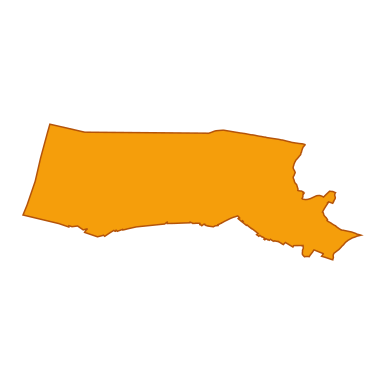 Heemskerk, Noord-Holland, Netherlands (Equal Earth projection)
{"feature_id": "6326949B56112339503679", "entity_name": "Heemskerk", "entity_type": "district", "adm_level": 2, "iso_a3": "NLD", "parent_name": "Netherlands", "parent_adm1": "Noord-Holland", "projection": "equal_earth", "projection_center": [4.68, 52.51], "detail": "fine", "context": "isolated", "style": "filled", "palette": "amber", "viewbox_px": 384, "rotation_deg": 0, "n_neighbors": 0, "source": "geoboundaries", "source_scale": "gbopen_adm2", "svg_char_len": 5691}
<svg xmlns="http://www.w3.org/2000/svg" viewBox="0 0 384 384"><path d="M332.8,259.8L332.9,259.1L333.2,258.2L333.4,257.5L333.4,257.3L333.2,256.2L333.2,255.2L333.3,254.8L333.5,254.3L333.8,253.6L333.9,253.3L336.0,251.7L337.7,250.4L338.4,249.9L338.8,249.6L340.0,248.4L340.7,247.6L341.3,247.0L341.7,246.4L342.4,245.8L343.7,244.6L343.9,244.4L344.2,243.8L344.6,243.3L345.4,242.6L346.2,241.7L347.3,241.0L347.5,240.8L348.0,240.3L349.3,239.6L352.0,238.1L352.5,237.8L353.6,237.5L355.4,236.9L356.9,236.2L361.0,235.2L360.1,234.9L358.6,234.5L356.5,234.0L356.3,233.9L356.1,233.6L355.9,233.5L352.5,232.3L351.6,232.0L343.0,230.2L342.0,230.2L341.5,230.0L341.3,229.9L341.0,229.8L341.0,229.7L340.4,229.5L340.1,229.2L339.5,228.9L339.1,228.7L338.6,228.2L337.9,227.8L335.9,226.3L335.9,226.1L335.7,225.9L335.2,225.6L334.8,225.5L333.1,224.5L332.3,224.0L331.1,223.1L328.6,221.7L327.8,221.2L327.0,220.5L327.3,220.0L327.5,219.8L327.5,219.6L326.7,218.5L326.2,217.7L325.1,216.7L324.0,215.3L323.8,214.9L323.6,213.9L323.1,212.5L322.8,212.1L322.5,212.0L323.3,210.5L324.3,208.7L325.8,206.3L328.0,203.0L327.6,202.8L328.6,201.8L330.7,202.6L332.7,203.3L333.7,201.6L333.5,201.4L334.9,199.1L335.1,198.7L335.2,198.3L335.3,197.9L335.3,197.6L335.2,197.2L334.7,195.2L334.7,194.8L334.8,194.4L334.9,193.9L335.0,193.5L335.2,193.1L335.5,192.7L332.8,191.5L332.1,191.5L331.3,191.4L329.6,191.2L326.4,194.2L323.5,197.1L322.6,196.5L322.1,196.3L321.1,195.9L320.1,195.6L319.6,195.5L319.0,195.5L317.5,195.6L316.9,195.7L316.2,195.9L311.9,197.9L310.4,198.6L308.7,199.1L307.7,199.4L306.5,199.5L305.7,199.6L304.9,199.5L304.1,199.4L302.5,199.1L302.3,198.8L302.0,198.5L302.6,197.5L302.8,197.0L302.9,196.4L302.9,195.9L302.9,195.3L302.9,194.8L303.4,194.2L304.1,193.1L303.2,192.8L303.5,192.5L303.6,192.4L303.6,192.2L303.2,192.0L301.6,191.1L301.2,191.0L300.5,191.0L299.8,190.9L299.1,190.8L298.6,190.7L297.8,190.4L297.9,189.5L298.0,189.1L296.6,184.6L296.5,184.4L296.2,184.1L295.6,183.6L295.4,183.3L295.1,183.0L294.7,182.2L294.4,181.5L294.0,179.8L293.7,179.2L293.4,178.4L293.2,177.8L293.2,177.5L293.2,177.3L293.4,176.5L294.0,175.6L294.6,174.0L294.7,173.5L294.8,173.4L295.2,172.8L295.2,172.7L294.8,171.4L293.6,169.2L293.3,168.4L293.1,167.9L293.1,167.7L293.3,166.9L293.4,166.1L293.7,165.4L293.8,165.1L293.9,164.4L294.0,164.2L294.9,162.0L295.3,161.4L295.6,160.7L296.0,160.0L296.8,159.2L297.0,159.0L297.3,158.6L298.2,157.6L298.6,157.0L299.0,156.7L299.1,156.4L299.3,156.1L300.1,155.3L300.5,154.8L300.7,154.4L300.8,154.2L300.8,153.8L300.9,153.3L301.1,152.7L301.5,152.1L301.6,151.4L301.9,150.3L302.3,149.1L302.6,148.4L302.8,147.8L303.1,147.1L303.8,146.5L303.9,146.2L304.3,145.7L304.4,145.4L304.5,145.3L304.7,145.1L305.0,145.0L305.1,144.9L305.0,144.6L304.9,144.6L304.7,144.5L303.9,144.2L302.3,143.8L299.0,143.5L297.2,143.2L294.9,142.9L293.9,142.7L292.4,142.5L291.0,142.2L290.5,142.0L286.3,141.0L283.7,140.3L282.4,140.0L281.1,139.9L280.4,139.7L278.5,139.3L268.3,137.8L266.9,137.6L265.3,137.1L264.4,137.1L261.0,136.4L259.9,136.3L257.6,135.9L257.2,135.8L255.0,135.3L252.8,134.9L252.3,134.9L251.3,134.8L251.0,134.8L247.1,134.0L244.5,133.5L243.4,133.4L241.6,133.1L240.4,133.0L238.1,132.6L237.6,132.5L236.9,132.4L235.6,132.2L230.9,131.4L228.5,131.0L223.7,130.2L222.9,130.2L220.1,130.4L217.8,130.6L217.3,130.6L215.3,130.9L214.0,131.3L212.0,132.1L208.6,133.3L208.2,133.3L208.3,133.2L84.8,132.2L49.9,124.2L47.6,132.2L40.6,158.0L35.2,181.3L27.1,205.0L23.0,215.0L58.9,223.6L68.8,227.0L68.9,225.7L69.3,225.8L72.0,226.7L77.6,226.0L83.2,229.9L87.6,228.7L87.2,229.0L86.4,229.9L86.0,230.3L85.3,231.3L84.6,232.4L97.5,236.8L102.0,235.7L103.5,235.2L104.7,236.3L110.2,232.6L113.8,230.4L115.1,231.3L115.3,231.3L115.6,231.1L115.8,230.9L115.9,230.3L116.0,230.2L116.3,230.2L117.3,231.3L122.6,229.4L122.8,230.0L124.7,229.6L127.8,228.8L136.3,226.9L164.7,224.0L166.8,222.3L167.2,222.2L167.2,223.5L174.0,223.4L180.9,223.1L189.9,222.8L190.1,222.1L192.6,223.2L192.9,223.5L193.3,223.4L195.2,223.4L195.4,223.2L199.9,223.3L200.0,223.4L200.0,223.5L199.8,224.6L200.6,224.8L201.4,225.4L201.4,225.2L202.2,225.4L204.1,224.1L204.8,224.3L204.7,224.7L206.0,225.5L206.1,225.4L207.4,225.9L207.7,226.0L208.0,225.8L208.3,226.1L213.4,226.8L214.2,226.3L214.3,226.3L214.8,226.0L215.4,225.8L217.5,225.6L218.1,225.5L217.9,224.7L218.4,224.6L218.6,224.4L218.8,224.4L221.2,223.2L221.4,223.0L221.5,223.1L221.8,222.9L222.5,222.5L222.8,222.4L223.3,222.0L224.1,221.6L224.8,221.2L226.9,220.2L229.9,218.7L231.0,218.2L233.3,217.3L235.7,216.6L235.9,216.5L237.7,215.9L239.1,217.3L238.9,217.4L239.5,218.0L238.2,218.7L239.1,219.5L239.3,219.6L241.4,221.4L241.5,221.3L242.5,220.7L243.2,221.5L242.4,222.1L246.4,225.4L247.0,225.0L248.9,226.6L249.4,227.0L250.6,227.8L250.6,228.0L251.1,228.3L251.4,228.6L251.5,228.5L252.2,228.9L253.1,229.5L254.5,230.6L256.2,231.9L256.2,232.0L258.1,233.5L256.6,234.7L258.1,235.7L258.8,236.3L259.9,235.4L262.0,237.0L262.1,236.9L262.3,236.9L262.5,236.8L264.9,238.5L264.0,239.2L264.8,239.8L265.1,239.5L266.2,238.8L267.8,239.8L268.1,239.5L269.2,240.3L270.5,239.3L271.9,240.3L272.0,240.3L272.3,240.5L272.9,241.0L273.5,241.0L273.9,241.3L274.6,240.8L275.2,241.0L276.3,241.3L277.4,241.4L278.2,241.7L278.3,241.5L281.1,243.2L281.1,243.3L283.3,244.6L285.4,242.5L292.9,247.0L293.6,245.7L293.9,245.7L294.0,245.6L302.8,245.5L302.6,245.9L302.9,245.9L303.0,246.0L303.3,246.9L303.2,247.7L303.3,248.3L302.7,249.7L302.5,250.1L302.5,250.3L302.5,252.2L302.3,252.9L302.4,254.2L302.5,254.6L303.1,255.3L303.4,255.7L303.9,256.2L304.5,256.8L305.0,256.6L305.4,256.6L306.9,256.5L308.1,256.5L309.2,256.7L309.3,256.5L310.0,255.4L312.9,251.6L313.0,251.3L314.0,249.9L323.2,253.6L323.3,253.9L321.6,256.3L322.8,256.6L324.8,257.2L325.4,257.4L331.6,259.5L332.3,259.7L332.8,259.8Z" fill="#f59e0b" stroke="#b45309" stroke-width="1.5"/></svg>